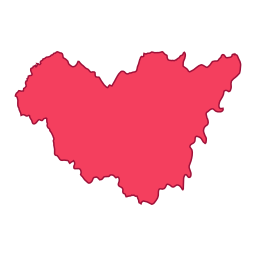 Santa Fé de Minas, Minas Gerais, Brazil (Equal Earth projection)
{"feature_id": "56859067B85446115139738", "entity_name": "Santa Fé de Minas", "entity_type": "district", "adm_level": 2, "iso_a3": "BRA", "parent_name": "Brazil", "parent_adm1": "Minas Gerais", "projection": "equal_earth", "projection_center": [-45.545, -16.733], "detail": "fine", "context": "isolated", "style": "filled", "palette": "rose", "viewbox_px": 256, "rotation_deg": 0, "n_neighbors": 0, "source": "geoboundaries", "source_scale": "gbopen_adm2", "svg_char_len": 5702}
<svg xmlns="http://www.w3.org/2000/svg" viewBox="0 0 256 256"><path d="M21.1,115.4L22.4,114.8L23.7,114.7L24.8,115.1L26.3,116.0L27.5,115.9L28.7,115.4L29.5,115.6L29.9,117.4L30.7,118.9L31.5,120.0L31.9,121.1L32.3,122.4L32.9,123.5L33.9,123.9L34.8,123.7L36.2,122.7L36.9,121.8L38.0,120.4L38.8,119.7L39.9,119.7L40.6,120.2L41.4,120.5L42.4,120.4L43.8,118.7L46.0,118.1L46.7,118.5L46.9,122.1L47.4,123.2L47.4,124.1L47.1,125.2L47.4,126.6L48.1,127.8L49.1,128.6L49.7,129.4L49.9,130.7L51.4,132.7L52.9,135.8L53.3,137.1L53.8,138.0L53.9,139.4L53.3,140.7L53.5,141.9L53.8,142.9L53.9,145.4L54.4,147.9L54.6,149.2L54.6,153.9L55.2,155.0L56.1,155.4L57.2,155.6L58.3,157.0L59.8,159.3L61.0,160.2L62.3,160.3L64.0,160.1L67.5,160.5L68.3,160.9L68.8,161.6L69.1,162.5L69.8,163.3L71.4,162.0L72.3,161.6L73.5,160.7L74.4,162.0L74.7,163.3L74.6,164.4L74.0,165.8L73.8,167.0L74.0,168.2L74.8,168.7L78.9,168.6L79.8,169.0L80.6,170.0L80.9,171.0L81.1,172.3L81.0,173.4L80.6,174.5L81.3,175.6L82.3,176.5L84.6,179.7L87.8,182.6L88.8,183.1L90.0,182.9L91.0,182.2L91.8,181.4L92.6,179.8L93.2,178.3L93.8,177.6L95.7,177.1L96.7,177.1L97.7,177.6L99.7,179.8L101.4,179.5L102.1,179.1L104.1,176.8L105.6,176.6L108.6,176.5L109.5,176.0L110.1,175.1L111.3,174.9L112.3,175.0L113.4,175.4L114.2,176.1L115.7,177.7L116.4,177.6L117.1,177.1L118.1,177.1L119.0,178.2L119.3,179.7L119.2,181.2L118.4,183.6L118.3,184.8L118.7,185.6L119.4,186.3L121.5,187.4L122.3,188.1L122.9,189.3L122.8,191.7L123.0,192.6L123.5,193.4L124.6,193.7L125.3,194.5L125.6,195.5L126.1,196.7L127.1,196.6L128.1,196.2L130.8,195.8L131.7,195.1L133.0,195.4L133.9,195.1L135.4,196.2L137.1,196.2L137.8,198.4L138.3,199.4L138.7,200.6L138.8,201.9L139.3,202.9L140.2,203.1L141.0,203.8L141.5,202.4L142.4,201.5L143.4,201.0L147.2,201.9L151.7,204.2L152.6,204.0L153.7,203.4L154.5,202.5L156.0,200.5L157.4,198.3L157.9,196.9L158.3,195.4L158.4,191.6L158.7,190.0L159.4,189.0L160.4,188.8L162.5,189.1L164.1,188.6L164.7,188.1L165.5,187.0L166.6,184.6L167.3,184.2L169.0,184.6L170.3,185.4L171.7,186.6L172.8,187.0L173.8,186.9L176.5,185.1L177.7,185.0L178.7,185.3L179.9,186.0L181.4,187.8L182.1,189.1L182.8,189.7L183.3,188.9L183.3,187.9L183.6,178.6L183.8,177.4L184.3,176.1L184.9,175.0L185.8,174.6L186.6,174.9L187.8,176.6L188.6,177.3L189.8,177.3L190.6,176.4L190.9,175.4L191.0,173.9L190.8,172.6L189.3,168.2L189.1,167.2L189.2,165.8L191.0,160.8L191.7,158.0L192.1,155.7L192.3,152.7L192.2,151.5L191.9,149.9L189.8,146.8L190.1,145.7L190.6,144.8L191.5,144.1L193.3,143.1L194.0,142.5L194.7,141.5L195.0,140.3L195.1,138.6L195.4,137.1L196.4,136.3L197.4,136.4L199.5,137.2L200.4,137.8L201.2,138.5L203.3,141.9L205.1,143.4L205.9,142.7L206.2,140.7L206.3,138.7L206.0,137.5L205.0,135.7L204.0,133.1L203.6,131.8L203.5,130.3L203.9,128.4L204.5,127.3L205.1,126.5L205.9,125.8L206.7,125.3L207.4,124.7L207.9,123.9L208.2,122.5L208.0,120.6L207.5,118.9L206.9,117.8L206.1,114.0L206.3,113.0L207.1,112.0L208.0,111.5L209.9,109.8L211.4,109.0L212.3,108.8L213.4,109.1L215.2,110.7L216.1,111.3L217.9,111.8L220.5,111.8L221.5,111.5L222.5,110.8L223.1,109.8L223.0,108.3L220.6,108.6L219.7,108.1L219.2,107.4L218.9,106.3L218.9,104.9L219.4,102.5L219.9,101.1L222.4,96.8L223.0,95.5L223.5,94.1L223.8,92.1L224.2,91.0L224.9,90.6L225.7,90.4L226.9,90.5L228.8,91.6L229.8,91.2L230.4,90.3L231.1,88.1L231.2,86.7L231.0,83.3L231.5,80.9L233.6,78.7L235.3,77.4L237.1,75.8L239.5,73.2L239.9,71.7L240.2,70.0L240.6,65.5L240.6,64.1L240.3,62.8L239.9,61.4L238.6,58.8L237.5,56.1L236.8,55.1L235.7,54.7L234.9,53.9L234.3,54.7L233.3,54.1L232.2,54.8L231.8,56.3L230.6,57.2L227.4,57.7L226.5,57.7L225.8,57.4L224.3,55.2L223.5,54.7L222.4,54.7L221.6,55.5L220.9,57.3L219.2,58.9L218.2,60.4L217.4,60.9L216.2,61.1L215.0,61.0L212.4,61.6L209.8,65.2L207.9,66.9L207.0,67.4L205.9,67.0L203.4,65.5L202.0,64.9L201.2,64.8L199.0,65.7L196.6,67.4L193.6,69.8L190.6,71.4L189.5,71.8L188.5,71.2L187.7,69.9L186.8,68.8L183.8,66.7L183.1,66.0L183.2,62.8L183.5,61.3L184.7,58.5L185.3,55.9L185.3,54.2L184.9,53.0L184.3,52.3L183.5,52.9L182.6,54.9L180.7,55.7L179.9,56.5L179.3,57.6L177.2,58.9L176.5,59.8L175.5,60.0L174.5,60.6L173.7,60.6L172.7,60.4L171.9,60.6L169.4,60.3L168.3,59.9L167.7,59.1L167.1,57.3L167.1,55.9L166.6,55.1L165.5,54.7L164.4,53.7L162.6,51.8L161.5,51.9L160.5,52.3L158.9,52.6L154.6,52.7L152.8,52.2L151.8,52.0L149.6,53.2L147.5,53.3L146.8,53.7L145.9,54.0L144.0,53.4L143.6,56.4L142.5,56.7L141.5,56.5L140.6,57.4L140.3,58.6L139.8,59.5L139.5,60.6L138.5,64.2L137.5,66.7L137.0,69.2L136.6,70.7L135.7,71.5L134.9,71.9L132.9,72.2L130.8,73.0L129.9,72.9L128.2,73.8L127.4,73.9L126.5,73.7L125.8,73.3L124.3,71.8L123.2,71.3L121.7,71.3L120.9,71.7L118.8,73.9L117.5,75.9L115.5,79.5L114.8,80.9L111.9,85.9L110.7,85.6L109.8,85.0L109.1,85.5L107.7,87.6L106.7,87.4L104.1,84.9L101.2,80.8L99.8,78.3L99.0,77.2L96.9,77.1L95.7,76.7L95.2,75.5L95.0,72.6L94.3,72.0L92.6,71.9L91.6,72.2L90.7,72.1L90.0,71.5L88.2,69.4L85.6,68.1L83.0,65.6L81.9,64.8L80.2,63.1L79.0,61.5L78.1,61.4L77.0,63.9L75.5,65.8L74.5,66.4L73.5,66.7L72.5,66.7L71.6,66.3L69.2,64.5L68.5,63.4L67.8,61.2L66.9,60.3L65.6,59.1L63.2,57.7L62.7,54.9L62.2,53.7L61.2,53.0L60.1,52.9L58.3,52.1L57.4,51.8L56.4,52.1L55.5,53.0L53.8,53.4L53.1,54.3L52.4,54.9L51.6,55.0L51.0,55.4L50.4,56.2L48.2,57.0L46.7,57.1L45.9,57.5L44.9,58.4L42.9,59.1L42.6,60.1L40.9,61.1L40.3,62.1L40.8,63.5L39.9,64.5L39.1,64.5L38.2,63.8L36.8,63.6L37.3,64.7L36.5,66.6L35.7,66.7L35.4,65.4L34.0,66.3L33.3,66.4L32.8,67.7L30.9,68.5L30.7,69.7L30.8,70.9L32.1,74.1L31.6,75.3L29.4,75.7L28.3,76.2L28.3,77.2L27.9,78.2L27.1,78.6L27.3,79.9L26.9,80.9L26.2,81.0L25.6,82.2L25.6,83.6L25.9,84.5L26.1,85.5L26.1,86.4L24.8,87.9L23.7,88.5L23.4,90.9L21.1,91.2L20.0,90.8L18.8,90.7L17.4,92.5L16.5,93.1L15.7,94.6L15.4,96.0L16.5,96.5L17.2,97.4L17.9,100.3L17.8,103.2L17.9,105.8L18.3,107.0L19.0,108.3L19.2,109.7L20.7,113.1L21.1,115.4Z" fill="#f43f5e" stroke="#9f1239" stroke-width="1.5"/></svg>